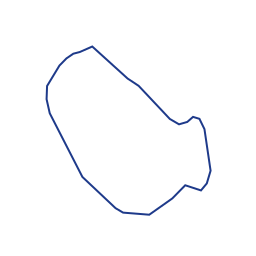 the border of Horjul, rotated 237°
{"feature_id": "SVN-250", "entity_name": "Horjul", "entity_type": "Municipality", "adm_level": 1, "iso_a3": "SVN", "parent_name": "Slovenia", "parent_adm1": "", "projection": "mercator", "projection_center": [14.289, 46.02], "detail": "fine", "context": "isolated", "style": "outline", "palette": "blue", "viewbox_px": 256, "rotation_deg": 237, "n_neighbors": 0, "source": "natural_earth", "source_scale": "10m", "svg_char_len": 460}
<svg xmlns="http://www.w3.org/2000/svg" viewBox="0 0 256 256"><g transform="rotate(237 128 128)"><path d="M96.8,192.9L85.4,191.5L47.2,174.0L38.6,163.9L35.9,155.2L48.8,144.8L44.8,126.8L43.7,98.6L59.7,77.8L67.5,73.9L111.8,63.1L183.0,70.4L196.5,75.4L207.3,83.0L217.7,104.5L219.9,114.3L220.1,122.6L218.0,128.9L215.8,142.4L169.7,154.6L157.5,159.9L112.8,168.0L103.3,172.8L100.8,181.0L101.9,188.6L96.8,192.9Z" fill="none" stroke="#1e3a8a" stroke-width="2"/></g></svg>